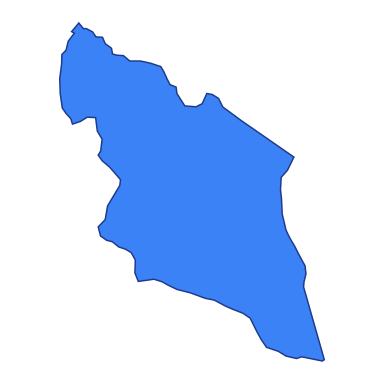 Apsiou, Limassol, Cyprus, rotated 90°
{"feature_id": "46923920B22530470704850", "entity_name": "Apsiou", "entity_type": "district", "adm_level": 2, "iso_a3": "CYP", "parent_name": "Cyprus", "parent_adm1": "Limassol", "projection": "robinson", "projection_center": [33.025, 34.799], "detail": "fine", "context": "isolated", "style": "filled", "palette": "blue", "viewbox_px": 384, "rotation_deg": 90, "n_neighbors": 0, "source": "geoboundaries", "source_scale": "gbopen_adm2", "svg_char_len": 1425}
<svg xmlns="http://www.w3.org/2000/svg" viewBox="0 0 384 384"><g transform="rotate(90 192 192)"><path d="M157.1,90.1L120.9,142.3L107.0,161.2L98.5,165.4L94.5,171.7L93.5,177.2L103.7,181.8L106.8,188.0L105.9,199.2L93.5,207.1L87.1,207.9L84.6,214.0L78.8,217.0L71.1,220.5L66.6,223.2L63.2,233.5L61.0,243.6L61.0,254.3L55.6,260.6L55.2,267.3L53.9,271.5L48.3,272.5L48.2,272.6L43.6,278.8L37.3,281.5L36.9,288.0L31.9,291.4L28.6,297.6L28.6,300.6L23.0,305.2L23.3,305.4L29.5,310.6L31.6,312.4L33.2,309.7L41.3,315.8L50.1,317.9L54.5,322.1L64.3,322.4L78.9,324.3L83.0,324.1L93.5,323.8L108.0,321.7L113.3,318.1L118.8,313.1L121.7,312.3L124.1,311.5L121.4,303.5L117.2,296.8L117.6,288.4L131.1,286.7L139.2,281.9L151.0,283.3L155.1,285.8L160.8,281.8L167.1,274.4L171.2,270.8L179.7,263.5L185.5,264.2L197.5,271.4L205.8,276.4L219.6,278.8L226.9,285.8L234.7,283.8L236.0,283.5L240.3,277.3L241.7,271.7L246.9,265.3L249.2,258.5L252.6,252.8L260.0,248.7L272.9,249.1L281.4,245.7L280.3,237.6L279.2,230.0L281.9,221.6L285.2,215.8L289.4,207.1L292.9,193.5L298.3,178.8L300.1,169.8L306.2,158.3L309.5,150.7L313.2,141.1L318.2,133.8L331.7,127.1L339.9,122.6L347.4,117.4L351.3,105.7L356.1,97.9L358.5,87.4L356.8,82.4L361.0,61.7L359.7,59.7L287.0,80.4L281.9,80.0L273.8,78.0L265.7,79.0L260.7,81.8L253.2,85.8L246.2,89.3L240.1,93.0L236.0,95.2L230.1,98.0L213.9,101.8L198.9,102.5L189.7,103.5L177.3,102.8L170.2,96.5L157.1,90.1Z" fill="#3b82f6" stroke="#1e3a8a" stroke-width="1.5"/></g></svg>